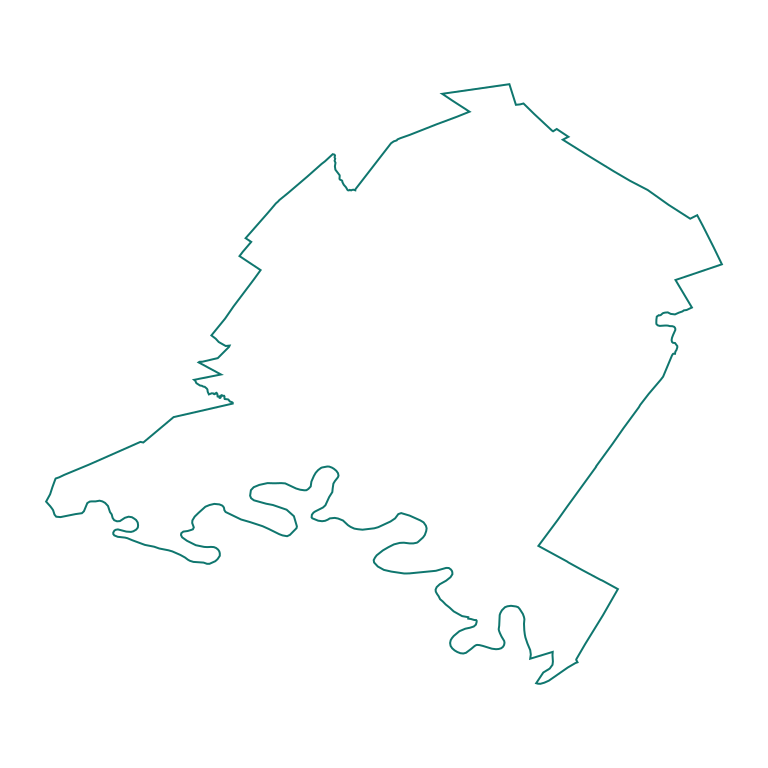 Draganesti, Prahova, Romania (Equal Earth projection)
{"feature_id": "2599482B82413399684251", "entity_name": "Draganesti", "entity_type": "district", "adm_level": 2, "iso_a3": "ROU", "parent_name": "Romania", "parent_adm1": "Prahova", "projection": "equal_earth", "projection_center": [26.299, 44.838], "detail": "fine", "context": "isolated", "style": "outline", "palette": "teal", "viewbox_px": 768, "rotation_deg": 0, "n_neighbors": 0, "source": "geoboundaries", "source_scale": "gbopen_adm2", "svg_char_len": 6103}
<svg xmlns="http://www.w3.org/2000/svg" viewBox="0 0 768 768"><path d="M577.5,662.3L576.2,659.8L576.4,659.1L585.2,644.0L602.9,615.3L617.9,589.1L602.2,580.5L600.5,579.8L582.5,570.2L568.5,562.5L566.9,561.4L538.4,545.9L557.6,520.1L567.4,506.3L596.1,466.8L596.0,466.5L612.5,443.9L623.4,428.3L638.9,407.2L640.2,404.9L648.7,393.9L660.7,379.8L663.1,376.7L672.0,355.4L672.9,354.0L673.4,353.7L675.0,353.8L675.4,351.6L676.4,350.1L677.3,347.4L677.3,346.1L675.0,343.0L673.0,342.8L672.0,341.9L671.6,340.1L672.0,337.8L673.1,334.9L675.3,330.0L675.3,328.7L674.9,327.7L674.1,326.8L672.4,326.2L669.7,326.1L667.9,325.6L665.5,325.5L659.7,325.9L657.9,325.4L656.6,324.3L656.4,323.9L656.3,322.9L656.4,319.5L656.8,316.6L658.8,315.2L659.7,315.4L660.8,315.0L662.6,313.4L663.4,313.0L665.1,312.6L667.8,312.4L670.7,313.9L675.0,314.4L678.8,312.7L682.5,311.4L683.8,310.4L686.6,310.0L691.9,307.5L675.5,280.0L721.9,264.3L713.5,247.0L702.9,226.0L697.2,215.2L690.2,218.7L668.8,205.0L647.7,190.0L630.2,180.9L614.1,171.5L587.6,155.3L562.8,139.7L568.4,136.8L556.7,129.0L553.1,131.3L552.0,130.6L534.3,114.1L523.5,103.5L520.0,104.4L515.9,104.8L509.4,84.2L442.2,93.8L452.2,100.5L469.5,111.7L457.3,116.6L436.6,124.3L409.7,134.9L400.3,138.2L397.5,139.4L396.7,140.4L393.7,141.4L391.0,143.3L355.7,188.9L355.4,189.4L355.3,190.3L353.4,189.7L352.1,189.9L351.1,190.4L349.8,189.9L348.9,190.4L348.0,190.3L347.4,189.8L346.0,187.3L343.7,184.7L342.4,182.1L342.3,181.1L341.9,180.5L340.0,179.6L339.6,179.1L339.5,178.6L339.7,175.9L339.6,175.2L335.4,169.7L334.9,166.3L335.5,162.8L334.6,160.8L335.2,158.7L334.6,157.5L335.0,155.4L334.4,154.6L332.7,154.2L325.0,161.3L321.5,164.0L307.4,176.5L288.3,192.8L279.2,200.2L278.2,201.4L275.9,203.4L268.1,212.6L245.6,238.2L251.2,241.9L242.7,251.9L239.5,256.1L260.6,270.1L253.8,279.5L233.6,306.3L225.1,318.6L211.4,335.4L215.7,338.7L218.7,342.0L225.7,346.0L229.6,345.6L229.0,346.9L217.8,358.1L202.5,361.7L199.5,361.8L198.6,362.4L221.0,374.5L194.1,379.8L195.4,380.9L196.2,382.9L196.9,383.5L200.0,385.5L201.9,385.8L203.3,386.6L204.7,386.8L206.8,388.6L207.4,389.5L207.7,391.7L208.9,394.4L211.7,393.3L213.7,393.5L214.0,394.1L214.3,394.2L214.9,393.8L215.4,393.8L216.1,392.9L216.5,392.8L216.8,393.2L216.6,393.6L217.4,394.2L217.6,396.5L218.3,396.7L219.5,396.3L219.7,396.5L219.5,397.5L219.6,397.9L220.3,397.9L220.7,397.4L221.0,395.6L221.4,395.2L221.9,395.2L222.3,395.8L224.1,395.8L224.5,396.5L224.4,398.0L224.7,399.0L227.9,399.4L228.4,399.6L229.8,401.4L232.4,402.4L233.1,403.3L233.5,403.4L173.6,417.1L143.3,442.5L140.4,441.9L88.8,464.7L64.2,474.9L59.2,477.3L55.7,478.5L55.4,479.0L52.4,487.2L50.1,494.3L46.1,501.6L50.3,506.3L52.1,508.7L53.1,510.2L54.5,514.6L56.2,516.7L60.5,517.1L75.5,514.1L81.9,513.2L83.9,511.3L87.3,503.1L89.7,501.6L91.6,501.4L95.5,501.4L99.6,500.7L102.4,501.4L105.1,502.9L108.0,506.0L110.0,512.1L111.7,514.4L112.6,517.9L114.2,520.2L117.0,521.3L119.9,521.1L124.9,517.8L128.6,516.7L131.9,517.2L134.2,518.6L136.1,520.0L137.7,522.5L138.1,525.3L137.8,527.6L136.2,529.6L133.3,531.3L131.0,531.9L126.4,531.6L117.9,529.4L115.7,529.8L114.4,530.6L113.3,532.5L113.3,534.1L114.3,535.4L117.7,536.8L125.0,537.6L127.4,538.2L132.2,540.2L144.9,544.9L154.1,546.7L159.3,548.5L168.5,550.3L172.3,551.4L180.3,554.9L185.0,557.5L187.9,559.7L189.9,560.8L193.4,561.9L203.6,562.6L207.0,563.8L209.5,563.8L215.3,561.2L217.6,559.1L219.8,555.8L219.8,553.3L219.3,551.4L218.1,549.6L216.1,548.0L213.9,547.1L211.0,546.9L207.3,547.1L204.1,546.9L195.8,545.2L187.0,540.8L182.1,537.3L181.0,535.0L181.3,533.2L183.3,531.6L187.7,531.0L191.3,529.9L192.9,529.3L193.8,527.4L192.2,523.0L192.4,520.4L194.7,516.6L198.5,512.9L205.4,506.7L209.6,505.0L214.3,503.9L219.4,504.4L222.1,505.5L223.3,506.6L224.0,507.9L224.4,510.2L225.6,512.0L241.1,519.5L250.1,522.1L262.6,526.2L268.8,529.0L279.3,534.2L282.5,535.4L287.1,536.2L289.9,534.9L296.5,528.2L296.9,526.4L293.9,516.2L286.6,509.7L272.9,505.0L266.1,503.7L253.9,500.3L251.1,498.2L250.1,495.7L250.9,490.2L253.7,487.2L259.3,484.9L267.5,483.1L274.4,483.3L281.1,483.1L285.2,483.4L296.1,488.5L300.1,489.7L304.4,490.3L306.4,490.2L308.3,489.0L310.7,486.5L311.4,481.6L313.9,475.9L315.7,472.8L318.1,470.1L320.9,468.0L322.0,467.5L327.3,466.5L329.2,466.6L331.9,467.6L333.9,468.8L336.3,470.8L338.0,473.2L338.5,475.7L337.9,477.3L334.9,481.1L333.4,483.6L332.7,488.3L332.3,492.1L329.2,497.0L325.4,505.3L323.0,507.5L315.1,511.5L313.5,512.6L311.9,514.7L311.6,517.4L312.3,518.3L318.2,520.7L322.1,521.2L325.1,520.8L327.7,519.7L329.8,518.4L334.7,517.9L338.0,518.5L343.0,520.5L348.0,525.2L350.6,526.9L354.3,528.6L357.8,529.2L362.5,529.7L374.3,528.3L378.2,527.2L390.5,521.5L395.1,518.4L398.3,514.1L401.2,513.1L409.6,515.6L420.3,520.4L423.6,522.4L425.9,525.7L426.6,528.3L426.2,531.1L424.8,535.0L423.0,537.5L418.0,542.0L416.9,542.7L413.3,543.4L409.6,543.4L403.8,542.7L399.8,542.9L393.9,544.4L388.4,547.2L382.9,550.4L376.7,555.3L375.0,557.6L373.7,560.1L374.1,562.5L377.8,566.5L383.9,569.9L391.4,571.6L404.3,573.5L409.3,573.4L435.9,570.8L446.2,567.9L448.8,568.0L450.9,569.5L452.0,571.1L452.3,572.2L452.4,574.2L450.5,577.2L446.1,580.7L439.8,584.2L436.7,587.1L435.6,589.6L435.8,591.7L437.0,593.9L438.6,596.2L440.1,599.2L442.7,601.4L445.7,604.5L449.6,607.6L453.7,611.4L462.1,616.1L468.3,617.2L468.2,618.6L470.9,619.0L474.3,620.0L476.2,620.1L476.7,620.9L476.6,622.1L475.9,624.6L473.8,626.5L470.1,627.7L465.3,628.7L459.4,631.2L453.7,636.0L451.9,638.2L450.7,640.2L450.1,643.0L450.6,645.9L452.2,648.3L454.6,650.4L457.3,652.0L460.4,653.2L463.3,653.5L466.0,652.8L471.3,648.8L474.6,646.0L476.2,645.1L477.1,644.9L479.5,645.1L482.8,645.9L491.9,648.7L496.0,649.2L498.7,649.0L501.3,648.2L503.1,646.7L504.1,644.9L504.5,642.8L504.2,641.0L501.5,636.5L499.9,633.1L499.0,630.7L498.7,629.2L499.2,625.7L499.7,615.0L500.4,613.0L501.9,610.3L505.0,607.2L507.4,606.3L511.0,605.8L516.1,606.5L518.1,607.2L519.7,609.0L522.9,614.0L524.0,617.1L524.4,619.2L524.0,623.8L524.3,630.4L524.8,634.4L525.4,637.4L527.4,643.4L530.2,650.1L530.8,654.5L530.2,658.7L552.7,651.9L552.5,655.1L552.9,661.6L552.5,664.8L549.7,668.6L543.3,672.5L536.2,683.2L538.0,683.7L540.4,683.8L544.3,682.7L548.8,680.7L567.8,667.5L575.5,663.0L577.5,662.3Z" fill="none" stroke="#0f766e" stroke-width="2"/></svg>